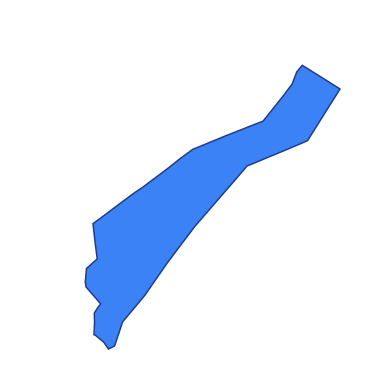 outline of Hojambaz, Chardzhou, Turkmenistan, rotated 220°
{"feature_id": "10190150B33787597924926", "entity_name": "Hojambaz", "entity_type": "district", "adm_level": 2, "iso_a3": "TKM", "parent_name": "Turkmenistan", "parent_adm1": "Chardzhou", "projection": "mercator", "projection_center": [64.12, 37.845], "detail": "fine", "context": "isolated", "style": "filled", "palette": "blue", "viewbox_px": 384, "rotation_deg": 220, "n_neighbors": 0, "source": "geoboundaries", "source_scale": "gbopen_adm2", "svg_char_len": 795}
<svg xmlns="http://www.w3.org/2000/svg" viewBox="0 0 384 384"><g transform="rotate(220 192 192)"><path d="M155.1,18.0L152.3,24.3L156.5,34.7L156.5,34.9L161.7,47.9L161.7,48.2L161.7,82.1L164.5,112.2L165.3,121.2L166.2,137.4L167.7,166.9L166.5,247.4L145.6,287.6L136.5,305.6L139.3,325.9L142.0,345.2L144.8,366.0L145.1,366.0L165.4,363.2L185.6,360.4L189.0,359.9L188.9,351.3L184.8,339.3L184.7,339.0L183.9,323.6L183.1,292.1L183.5,291.3L189.8,279.8L201.8,257.7L218.9,225.0L222.5,210.3L225.4,195.9L233.1,162.8L235.5,154.8L239.5,138.1L244.4,116.9L247.5,104.1L233.4,90.7L221.6,79.8L222.6,73.0L223.7,65.6L215.7,54.2L212.0,51.1L198.5,49.0L190.0,47.5L190.0,47.2L190.0,43.8L189.0,36.4L183.1,29.8L175.4,19.7L173.7,20.2L164.7,20.2L162.9,20.2L155.1,18.0Z" fill="#3b82f6" stroke="#1e3a8a" stroke-width="1.5"/></g></svg>